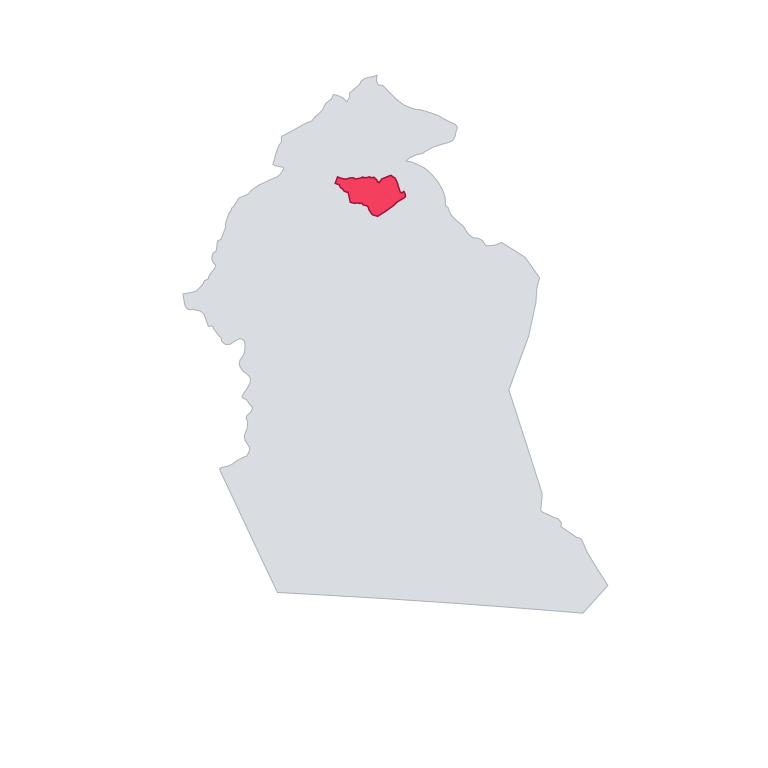 Loug-Chari, Chari-Baguirmi, Chad (highlighted), rotated 157°
{"feature_id": "50815135B30125763845581", "entity_name": "Loug-Chari", "entity_type": "district", "adm_level": 2, "iso_a3": "TCD", "parent_name": "Chad", "parent_adm1": "Chari-Baguirmi", "projection": "orthographic", "projection_center": [16.937, 10.387], "detail": "fine", "context": "in_parent", "style": "filled", "palette": "rose", "viewbox_px": 768, "rotation_deg": 157, "n_neighbors": 0, "source": "geoboundaries", "source_scale": "gbopen_adm2", "svg_char_len": 4888}
<svg xmlns="http://www.w3.org/2000/svg" viewBox="0 0 768 768"><g transform="rotate(157 384 384)"><path d="M563.5,233.7L564.2,249.8L564.9,265.8L565.5,281.9L566.1,298.0L566.7,314.1L567.3,330.3L567.9,346.4L568.5,362.6L568.7,367.9L568.3,370.1L568.1,370.4L567.5,370.7L559.1,369.4L555.5,369.5L550.5,370.7L543.0,371.5L538.2,371.4L534.9,374.2L532.4,377.6L533.8,385.7L533.6,388.3L532.7,391.1L530.5,393.5L528.3,395.5L526.9,397.1L525.3,400.8L524.1,402.5L524.3,404.8L524.0,407.2L522.6,408.5L519.2,409.5L516.9,410.6L515.2,412.4L514.0,413.7L514.6,415.3L515.6,417.6L516.2,421.2L516.6,423.3L518.3,425.0L519.4,426.2L519.8,427.7L518.8,428.9L514.6,431.6L512.9,432.6L511.0,434.0L510.3,434.5L507.2,437.0L505.6,439.2L504.9,441.1L505.0,443.6L506.7,447.4L508.5,450.5L509.2,453.0L509.7,455.6L509.6,458.1L508.7,460.3L507.2,462.3L501.3,466.1L498.5,470.2L496.3,475.2L495.7,477.9L496.4,479.7L497.7,481.2L499.5,482.0L502.0,482.2L506.3,481.3L510.2,480.7L514.5,482.4L516.8,486.5L516.0,489.5L517.7,495.0L519.2,501.6L519.2,503.9L519.8,504.7L522.5,505.1L523.1,506.6L522.4,518.3L523.7,521.6L525.6,523.9L527.6,525.0L529.6,526.5L530.7,527.6L533.0,527.8L535.7,529.9L536.5,532.7L536.3,535.4L534.9,541.4L533.8,545.4L532.2,545.2L529.1,544.3L525.3,543.5L520.7,542.9L516.3,544.6L511.6,546.7L510.1,548.3L508.8,549.3L506.7,549.2L504.7,549.5L503.7,551.0L502.0,552.6L495.2,556.2L493.7,557.4L492.9,558.7L492.9,560.0L493.7,562.8L493.7,566.2L492.2,569.1L490.4,571.0L488.4,571.7L486.7,572.1L485.6,573.3L482.1,579.7L480.6,580.9L477.4,580.8L468.4,590.4L467.5,593.2L464.2,597.2L460.1,601.7L456.3,603.9L456.0,604.7L455.0,605.6L452.7,606.5L444.7,612.0L435.0,611.9L430.8,614.0L426.6,615.0L420.5,616.1L418.7,616.0L410.9,616.5L401.8,616.4L398.2,617.2L395.0,619.3L392.5,621.1L392.2,621.7L392.5,622.5L392.5,623.1L398.9,627.4L400.5,629.5L398.9,631.6L398.1,632.0L397.0,633.8L393.3,638.7L387.6,644.6L384.7,646.3L383.5,647.4L382.0,651.3L381.0,651.9L377.1,652.4L369.3,652.9L358.5,654.2L352.0,654.6L348.0,654.3L342.4,657.0L340.4,657.7L339.1,657.9L333.5,660.5L328.9,664.5L327.2,665.3L320.7,667.0L318.0,669.8L316.8,670.0L312.6,666.4L309.8,663.0L308.4,659.7L308.2,658.6L307.4,658.8L305.1,660.3L303.1,662.0L302.2,665.2L295.4,667.4L289.6,669.2L287.0,671.6L282.9,672.7L277.7,672.2L273.7,671.2L269.7,670.9L271.6,668.0L272.4,665.8L272.6,663.1L272.3,661.3L269.9,660.4L268.4,659.0L265.1,650.5L261.6,641.8L256.8,633.2L251.5,627.7L247.6,624.4L246.4,624.0L244.4,622.9L243.0,621.9L236.0,616.1L228.7,609.5L226.9,606.5L223.2,602.1L219.2,597.5L217.1,595.4L216.1,591.6L219.0,588.3L222.0,584.0L225.8,581.2L230.6,581.1L238.5,582.3L247.0,582.8L255.4,581.9L257.6,581.3L259.8,581.4L264.3,582.4L272.3,582.2L276.4,580.5L272.0,577.6L267.3,572.9L262.8,567.7L260.2,563.1L257.8,557.1L255.5,549.7L254.2,540.1L254.4,534.7L255.2,530.8L257.6,524.6L256.0,520.9L256.4,517.9L256.2,513.5L255.5,511.2L252.4,503.9L251.8,503.1L249.2,498.0L248.0,489.5L245.0,483.9L240.2,481.2L237.4,477.9L236.5,472.1L234.5,470.5L226.9,468.4L220.5,468.3L215.9,461.8L210.0,453.3L204.6,445.4L201.2,429.8L199.3,420.8L201.7,418.1L206.3,411.8L212.3,399.7L225.5,381.0L232.3,371.4L245.7,357.1L262.2,339.6L271.4,329.7L273.0,311.6L274.7,292.5L276.0,278.1L277.5,261.0L278.9,246.8L279.8,236.4L281.2,221.7L282.3,218.9L288.6,207.4L289.1,205.9L287.9,203.9L279.1,194.1L276.4,191.9L274.8,186.9L277.1,184.0L266.6,167.6L264.0,165.6L262.9,163.6L262.8,160.7L262.7,149.4L260.1,131.7L256.7,111.1L269.1,105.3L278.5,100.9L290.5,95.3L301.5,101.1L317.5,109.5L333.6,117.9L349.8,126.3L365.9,134.7L382.2,143.0L398.4,151.4L414.8,159.7L431.2,168.0L447.6,176.3L464.0,184.6L480.5,192.8L497.1,201.0L513.6,209.2L530.2,217.4L546.9,225.6L563.5,233.7Z" fill="#d9dde1" stroke="#a8b0b8" stroke-width="1"/><path d="M290.5,553.5L293.0,552.9L293.3,553.3L293.8,553.9L294.1,555.1L293.1,563.9L293.2,566.9L293.4,569.4L294.2,570.6L295.0,571.2L295.5,572.6L295.8,573.2L297.0,573.5L306.1,573.6L309.7,571.2L310.3,572.3L311.1,572.4L311.0,573.1L310.9,573.8L310.9,574.2L310.9,574.6L311.2,575.6L311.7,576.0L312.0,576.6L311.9,577.4L312.5,578.3L313.0,578.4L313.3,578.4L313.5,578.4L313.8,578.5L314.3,578.5L315.2,578.9L315.5,579.6L315.9,579.7L316.3,579.8L316.5,580.4L316.6,580.5L317.8,580.4L319.2,580.8L320.5,581.2L320.9,581.2L321.5,581.6L322.1,581.9L322.5,582.9L323.6,582.7L326.0,582.9L328.1,583.4L330.5,583.8L331.3,585.6L332.4,586.1L333.8,586.7L336.2,587.2L338.3,587.2L341.1,588.7L342.1,589.5L343.3,590.3L344.4,591.4L345.8,592.8L345.9,592.7L350.5,587.8L348.6,585.9L348.4,585.7L347.4,585.0L347.4,584.7L347.3,582.0L347.3,581.7L345.9,579.8L345.5,577.4L344.3,576.1L343.4,575.1L343.2,575.1L342.1,574.6L344.0,564.4L340.7,561.9L338.3,561.3L336.3,560.0L334.8,559.3L333.7,559.1L333.2,557.1L331.8,556.0L330.0,554.6L329.4,552.7L329.8,550.4L328.9,545.3L328.2,544.0L325.8,542.1L324.3,540.8L319.4,541.7L314.3,542.5L311.3,543.3L309.0,543.8L305.2,544.6L301.3,546.3L296.4,547.0L292.3,547.6L291.0,548.2L290.2,550.5L290.5,553.5Z" fill="#f43f5e" stroke="#9f1239" stroke-width="1.5"/></g></svg>